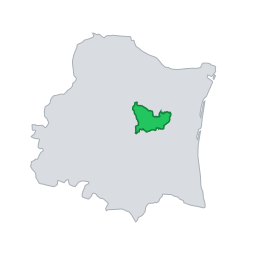 where Lacs sits in Ivory Coast, rotated 284°
{"feature_id": "CIV-3461", "entity_name": "Lacs", "entity_type": "Department", "adm_level": 1, "iso_a3": "CIV", "parent_name": "Ivory Coast", "parent_adm1": "", "projection": "orthographic", "projection_center": [-5.076, 6.892], "detail": "fine", "context": "in_parent", "style": "filled", "palette": "green", "viewbox_px": 256, "rotation_deg": 284, "n_neighbors": 0, "source": "natural_earth", "source_scale": "10m", "svg_char_len": 6798}
<svg xmlns="http://www.w3.org/2000/svg" viewBox="0 0 256 256"><g transform="rotate(284 128 128)"><path d="M57.6,50.5L58.4,50.4L60.7,49.8L62.7,48.3L64.6,45.2L67.2,42.7L70.1,42.9L70.9,42.5L71.9,42.4L73.1,44.0L74.3,45.3L75.2,45.3L75.8,47.7L81.0,48.7L83.3,49.4L85.1,51.1L85.8,51.2L86.6,50.8L87.2,50.2L87.4,49.5L86.6,48.0L86.9,46.6L87.8,45.3L89.1,45.2L91.2,44.9L93.5,44.9L95.2,45.1L95.9,43.9L95.3,40.3L95.5,38.4L95.8,36.8L96.4,36.1L99.0,38.2L101.4,38.9L103.1,39.0L103.5,38.6L102.8,36.3L103.0,35.7L103.7,35.3L104.8,35.1L107.8,34.1L108.1,34.3L108.7,37.9L108.4,39.0L109.0,41.4L109.8,43.7L109.8,44.6L109.1,46.0L108.3,47.2L108.4,47.8L109.6,48.6L111.9,49.5L114.3,49.7L115.7,48.4L117.1,47.4L118.0,46.4L118.4,45.0L119.9,44.0L124.2,42.7L128.2,42.5L129.2,43.0L131.0,44.9L133.3,46.3L136.7,46.1L139.3,46.9L141.5,48.4L142.9,51.7L144.5,54.1L145.2,57.6L147.8,59.4L149.8,60.2L152.5,62.7L155.2,63.9L158.1,63.6L159.5,64.9L161.6,65.9L163.8,65.9L165.7,63.0L168.2,61.9L174.5,59.6L177.0,58.6L179.5,57.9L185.6,57.7L191.2,58.4L194.1,58.9L196.0,58.5L197.8,59.8L199.7,62.7L201.3,63.6L202.8,64.6L204.0,66.8L205.4,69.1L206.2,70.1L207.9,72.3L209.3,72.3L210.8,71.3L211.4,70.6L211.7,72.1L211.1,74.4L211.2,75.9L212.0,76.5L211.6,78.4L210.0,81.6L210.0,83.5L211.6,84.1L212.8,86.1L213.6,89.5L214.3,90.7L214.4,91.4L215.6,99.7L217.2,108.1L216.2,109.2L214.9,109.5L214.1,109.9L213.8,110.7L214.4,111.8L214.1,112.9L212.4,113.6L208.9,116.3L208.7,117.4L207.8,119.6L207.0,121.0L205.9,123.6L204.1,130.4L203.4,136.0L203.3,137.8L202.6,139.0L201.8,140.7L198.0,145.6L196.0,149.5L196.3,151.2L196.4,153.0L195.8,154.2L195.9,157.5L196.4,160.3L197.1,163.1L199.9,170.8L201.4,175.5L202.3,179.3L203.1,181.8L203.9,182.9L204.2,183.8L208.3,184.5L209.1,185.1L210.3,190.0L210.1,192.2L209.3,193.1L209.3,195.0L209.1,197.3L208.5,198.3L206.2,198.4L204.6,199.3L202.6,198.9L202.4,198.4L201.2,198.2L198.2,196.8L198.7,192.5L197.2,192.4L196.1,192.9L194.0,198.1L192.9,199.0L177.6,196.4L174.2,194.2L170.2,193.8L163.3,194.0L157.5,194.7L155.9,196.0L170.4,195.2L171.9,195.3L172.7,196.1L154.3,197.8L147.3,198.8L145.3,198.6L143.7,196.9L136.1,196.7L134.5,197.3L133.6,198.5L136.6,198.2L141.3,198.1L142.6,199.1L127.8,200.3L117.5,202.6L113.2,204.3L98.9,209.9L90.2,212.5L87.9,213.5L83.9,216.2L78.8,217.9L73.1,221.1L69.6,221.9L68.8,220.8L68.7,215.3L68.3,208.0L68.4,205.2L68.9,202.5L68.9,200.4L70.7,199.5L71.1,198.6L71.4,195.8L73.0,193.2L73.1,188.7L73.6,187.7L73.9,186.5L73.3,183.6L72.4,177.9L71.9,177.6L71.6,177.8L70.6,177.9L67.1,176.0L64.3,175.6L62.4,173.9L62.3,172.1L61.3,171.0L60.7,168.8L59.7,166.3L57.0,164.7L54.4,164.4L52.6,164.7L50.5,164.6L48.1,163.7L46.4,162.8L44.8,160.9L43.3,159.4L42.1,159.6L40.7,159.3L39.3,158.6L38.8,158.1L44.8,152.3L46.8,149.5L47.1,147.7L47.1,146.0L47.7,144.2L47.9,141.4L44.7,131.5L43.9,128.4L43.0,127.5L42.5,127.1L44.1,125.8L46.4,126.2L49.9,127.2L50.7,126.2L53.4,121.2L53.3,119.4L53.1,118.1L54.6,114.6L55.9,113.3L56.5,111.9L56.3,109.9L55.4,109.2L54.2,109.3L52.7,108.8L50.5,107.7L49.4,106.7L49.8,102.1L50.0,100.7L50.8,99.9L52.0,99.7L55.5,99.6L58.3,100.1L60.7,100.4L62.0,100.4L63.1,101.8L64.5,103.2L65.7,103.2L66.2,102.1L65.9,97.7L65.1,95.3L63.2,93.0L58.4,91.0L58.3,88.3L58.8,85.3L59.9,84.2L63.5,82.4L62.9,81.4L61.7,80.3L59.4,79.2L60.0,75.6L60.1,72.5L58.2,72.8L56.2,73.0L54.5,72.0L53.1,70.1L52.9,64.8L53.0,58.7L52.7,56.0L53.3,54.6L55.0,53.3L56.9,51.5L57.6,50.5ZM200.6,199.0L199.8,200.2L195.9,199.5L196.8,198.5L200.6,199.0Z" fill="#d9dde1" stroke="#a8b0b8" stroke-width="1"/><path d="M152.0,155.7L151.2,155.9L151.2,156.0L151.3,156.3L151.3,156.6L151.5,156.9L151.5,157.1L151.3,157.3L150.9,157.2L150.7,157.3L150.6,157.8L150.5,158.3L150.4,158.6L150.4,159.0L150.5,159.2L150.6,159.3L150.8,159.3L151.0,159.2L151.4,159.1L151.8,159.2L152.0,159.3L152.2,159.5L152.3,160.0L152.2,160.3L152.1,160.5L152.4,160.8L152.5,160.9L152.5,161.1L152.5,161.3L152.6,161.5L153.0,161.6L153.0,161.8L152.9,161.9L152.9,162.0L153.2,162.3L153.2,162.6L153.1,162.8L153.0,163.3L152.9,163.5L152.7,163.8L152.5,164.3L152.6,164.5L152.9,164.4L153.1,164.4L153.2,164.5L153.3,164.7L153.3,164.9L153.3,165.1L153.1,165.1L152.4,166.0L151.7,166.3L150.9,166.3L150.0,166.3L149.7,166.2L149.3,166.1L149.1,166.0L148.7,165.9L148.3,165.9L148.0,165.9L146.2,166.5L145.2,166.5L144.2,166.3L143.6,166.0L139.1,162.3L138.9,162.2L138.7,162.2L138.6,162.3L138.1,162.6L137.5,162.4L136.5,162.8L136.0,162.7L135.5,162.2L135.3,161.7L135.2,161.1L135.3,160.3L135.2,160.2L134.9,159.8L135.0,159.6L135.1,159.4L135.3,158.9L135.4,158.5L135.3,158.4L135.0,158.3L134.5,158.1L134.9,157.6L135.2,157.2L135.1,156.7L135.3,156.1L135.0,155.7L134.3,155.5L132.7,155.5L132.4,155.3L132.3,154.8L132.3,154.6L132.4,153.0L132.3,152.4L132.0,151.8L131.6,151.1L131.6,150.8L130.1,149.5L129.9,149.1L129.7,148.5L128.9,147.5L128.6,147.0L128.7,146.5L129.3,146.0L129.5,145.5L129.5,145.0L129.8,144.2L129.9,143.9L130.1,143.6L130.4,143.5L130.7,143.3L130.8,143.2L130.9,142.8L130.3,142.7L130.2,142.6L129.9,142.4L129.6,142.1L129.5,141.8L129.5,141.5L129.6,141.4L129.7,141.0L130.0,140.1L129.9,139.9L129.0,139.5L128.8,139.4L128.6,139.4L128.4,139.5L128.2,139.5L127.9,139.7L127.7,139.8L127.4,139.7L127.2,139.7L126.9,139.5L126.8,139.3L126.7,139.0L126.7,138.8L126.6,138.6L126.3,138.4L125.8,138.0L125.6,137.9L125.4,137.9L125.2,137.9L124.9,137.8L124.8,137.7L124.6,137.3L124.6,137.2L124.8,137.0L124.9,136.9L125.0,136.8L124.9,136.6L125.0,136.4L125.9,136.5L126.3,136.5L129.7,135.6L130.9,135.1L131.1,135.1L131.3,135.1L131.6,135.2L131.8,135.3L131.9,135.5L132.5,136.4L133.0,136.9L133.2,137.1L133.4,137.2L133.6,137.2L133.8,137.2L134.1,137.2L135.0,136.9L135.7,137.0L135.9,137.0L136.2,136.8L136.7,136.1L136.9,135.9L137.3,135.7L137.5,135.7L137.9,135.7L138.1,135.5L138.4,134.8L138.9,134.2L142.2,132.6L142.5,132.3L142.7,132.1L142.7,131.9L142.9,131.6L143.0,131.4L143.2,131.2L143.3,131.0L143.5,130.9L143.9,130.7L145.6,130.0L145.9,129.8L146.2,129.6L146.6,128.8L147.1,128.1L147.5,128.0L147.9,127.9L149.6,127.7L149.9,127.8L150.1,127.8L150.5,128.1L151.0,128.6L151.9,128.8L154.3,128.7L155.0,130.1L155.1,130.3L155.1,130.7L154.0,130.7L153.3,130.9L152.9,131.1L152.4,131.4L152.3,131.7L152.2,132.0L152.9,135.7L152.9,136.0L151.4,140.9L151.2,141.4L151.1,141.7L150.2,143.1L149.8,143.5L149.7,143.6L149.7,143.8L149.7,144.0L150.0,144.6L150.3,145.3L150.2,145.5L150.0,146.2L150.0,146.4L150.0,146.6L150.2,147.0L150.1,147.4L150.0,147.5L149.9,147.7L149.7,147.8L147.0,149.0L146.8,149.0L146.6,149.0L146.4,148.9L145.7,149.2L145.7,149.4L145.7,149.5L145.6,150.2L145.2,151.4L145.3,151.8L145.5,151.9L145.7,152.1L146.0,152.3L146.1,152.5L146.0,152.8L145.9,153.1L145.8,153.5L145.7,153.8L145.8,154.0L146.2,154.4L146.4,154.5L146.5,154.6L146.7,154.8L146.7,155.0L146.5,155.5L146.8,155.9L147.0,156.0L147.3,156.0L147.4,155.9L147.4,155.6L147.5,155.5L147.6,155.4L148.1,155.4L148.4,155.3L148.6,155.1L148.9,155.0L149.0,154.9L149.6,155.0L149.8,155.0L150.0,155.0L152.0,155.7Z" fill="#22c55e" stroke="#15803d" stroke-width="1.5"/></g></svg>